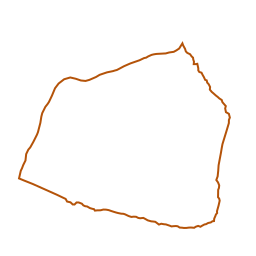 the district of Alto Paraíso, Paraná, Brazil, rotated 8°
{"feature_id": "56859067B45713063177583", "entity_name": "Alto Paraíso", "entity_type": "district", "adm_level": 2, "iso_a3": "BRA", "parent_name": "Brazil", "parent_adm1": "Paraná", "projection": "orthographic", "projection_center": [-53.797, -23.516], "detail": "fine", "context": "isolated", "style": "outline", "palette": "amber", "viewbox_px": 256, "rotation_deg": 8, "n_neighbors": 0, "source": "geoboundaries", "source_scale": "gbopen_adm2", "svg_char_len": 2226}
<svg xmlns="http://www.w3.org/2000/svg" viewBox="0 0 256 256"><g transform="rotate(8 128 128)"><path d="M177.0,218.3L179.0,218.2L181.1,218.6L183.2,219.0L184.7,219.4L186.7,218.9L189.1,218.4L190.9,218.4L193.0,219.4L195.5,219.2L197.4,219.2L199.8,218.8L202.0,218.2L204.0,217.8L207.4,217.6L208.9,216.3L211.1,215.2L213.5,215.7L214.8,214.6L217.1,212.9L218.6,212.4L220.6,210.9L223.1,210.0L224.6,208.6L226.1,208.2L226.0,205.7L226.7,203.3L227.1,201.4L228.1,199.8L227.7,198.0L228.5,192.1L228.9,187.2L228.1,185.2L226.8,184.0L226.3,179.8L225.9,176.7L226.4,174.7L226.3,172.1L224.7,169.3L222.7,167.2L223.5,163.4L223.3,157.9L222.9,152.3L223.5,139.3L223.6,135.0L223.8,130.8L225.9,117.6L227.2,109.1L226.8,106.0L227.4,103.5L225.9,99.9L222.8,98.7L221.5,95.1L221.8,92.7L217.9,89.3L216.9,87.2L214.3,86.0L212.6,84.8L210.5,83.6L207.8,81.8L205.9,80.6L203.7,78.6L203.6,76.0L201.8,73.4L200.1,72.0L199.3,69.9L197.7,69.6L196.1,67.1L194.4,64.9L193.1,63.0L190.8,62.6L189.6,61.2L189.3,59.1L187.7,54.8L185.9,55.4L184.2,55.6L184.1,53.1L183.1,51.1L182.6,49.3L181.1,48.3L179.2,46.3L176.3,45.4L174.6,44.1L173.5,41.7L171.1,38.5L170.1,36.6L167.6,42.2L165.1,44.4L162.7,46.2L158.2,47.5L155.0,48.9L145.8,50.7L143.2,51.5L141.2,52.3L138.0,54.3L136.2,55.8L134.2,56.5L130.0,59.3L121.6,63.6L120.1,64.5L115.4,67.4L110.6,70.9L108.9,72.1L107.0,72.9L105.1,73.8L99.5,75.8L92.5,79.3L89.3,81.9L83.1,85.7L79.4,87.3L74.7,87.5L69.4,86.5L63.8,86.0L58.0,88.6L53.1,93.6L50.2,98.8L48.2,106.5L46.1,113.2L45.0,115.5L43.2,118.6L41.0,125.2L40.6,128.9L40.5,135.1L39.4,144.7L38.8,147.2L36.2,154.9L33.9,160.8L32.3,163.3L30.8,168.0L31.0,174.4L29.4,179.3L28.6,182.8L27.8,185.2L27.1,193.1L31.7,194.3L41.5,196.7L66.9,204.0L73.5,206.1L76.1,206.9L77.9,209.3L81.4,209.6L83.9,211.4L85.7,211.2L87.4,208.9L89.5,208.6L92.9,209.4L94.5,210.8L96.4,211.4L98.5,211.4L101.4,212.6L104.0,213.0L105.6,213.1L106.7,214.4L109.1,213.8L112.3,213.3L114.9,212.2L117.7,211.9L120.3,212.0L122.8,212.5L125.7,213.0L128.3,213.4L130.1,213.6L133.2,213.8L135.4,213.6L137.1,213.9L140.9,215.1L143.7,215.6L146.0,215.0L148.4,214.8L150.6,215.6L152.5,215.7L155.7,214.9L157.9,215.7L160.4,216.7L164.0,217.2L166.0,217.1L168.1,217.1L170.1,218.2L172.1,219.3L174.2,218.2L177.0,218.3Z" fill="none" stroke="#b45309" stroke-width="2"/></g></svg>